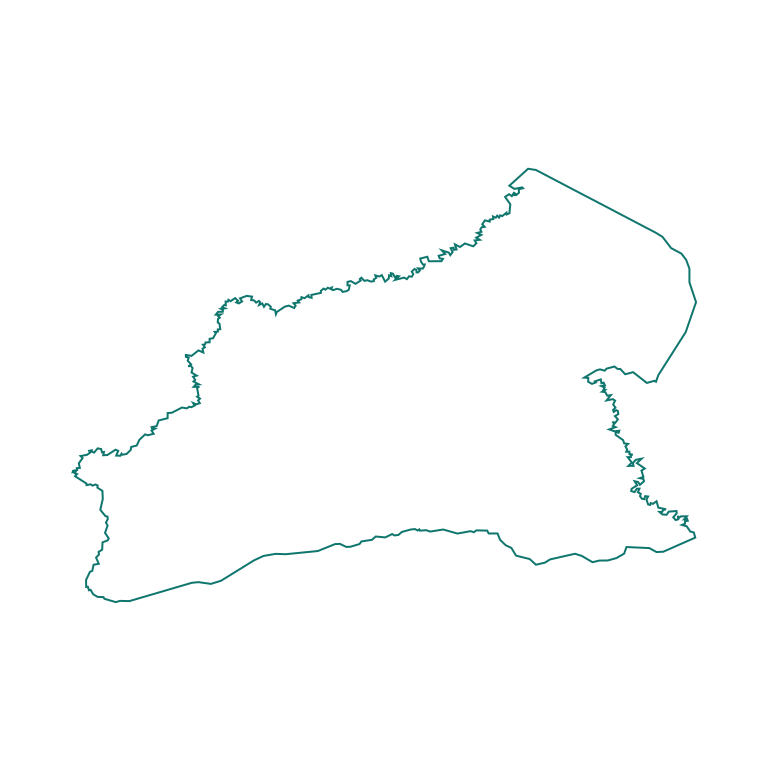 outline of Prathai, Nakhon Ratchasima, Thailand, rotated 264°
{"feature_id": "78962969B10005729924667", "entity_name": "Prathai", "entity_type": "district", "adm_level": 2, "iso_a3": "THA", "parent_name": "Thailand", "parent_adm1": "Nakhon Ratchasima", "projection": "equal_earth", "projection_center": [102.699, 15.58], "detail": "fine", "context": "isolated", "style": "outline", "palette": "teal", "viewbox_px": 768, "rotation_deg": 264, "n_neighbors": 0, "source": "geoboundaries", "source_scale": "gbopen_adm2", "svg_char_len": 6105}
<svg xmlns="http://www.w3.org/2000/svg" viewBox="0 0 768 768"><g transform="rotate(264 384 384)"><path d="M479.7,268.3L478.3,265.3L480.7,263.6L481.4,260.6L484.7,261.9L486.0,256.6L484.2,249.8L480.9,251.5L479.3,248.0L480.6,245.6L481.9,247.6L485.0,244.9L482.4,240.1L484.0,238.1L482.3,237.5L482.6,235.1L478.8,234.9L479.4,233.5L477.4,231.1L475.9,233.7L475.7,229.8L474.6,231.6L472.7,231.2L473.1,226.5L470.6,224.0L470.2,228.9L468.9,226.1L467.1,227.6L466.0,225.7L462.6,225.1L461.1,226.7L455.6,226.9L455.6,224.4L453.5,224.3L453.5,221.1L452.1,222.1L447.4,218.8L447.2,215.3L443.7,214.9L444.0,210.9L442.1,210.2L442.0,208.1L439.2,209.7L438.1,207.2L434.2,207.6L436.8,203.0L432.1,195.5L433.6,190.0L431.7,189.8L430.5,192.5L427.7,191.2L423.7,194.2L421.9,191.1L422.4,193.7L419.9,195.3L415.5,193.8L411.9,198.6L411.2,194.9L407.9,196.7L406.4,194.8L403.0,199.9L403.1,196.7L401.1,194.4L400.5,200.1L399.9,197.7L391.8,198.3L390.9,196.8L388.7,199.5L387.1,197.4L384.2,198.8L383.4,195.2L385.0,192.2L382.4,193.5L381.1,190.1L381.7,187.9L380.4,185.4L381.7,180.6L377.6,170.0L377.7,165.8L372.6,165.2L371.3,156.1L365.9,153.5L365.4,148.3L364.1,148.6L363.5,151.5L362.0,147.9L358.6,149.7L357.7,143.7L358.9,141.2L354.0,134.8L348.7,131.7L347.8,126.0L344.9,125.2L341.3,120.7L341.0,116.3L342.2,115.7L340.2,114.3L340.8,110.2L345.3,112.7L346.7,110.1L342.3,101.5L342.5,97.3L345.7,98.4L345.5,96.4L348.9,95.9L349.9,92.5L346.1,88.5L347.4,86.1L348.6,86.5L348.4,83.8L346.5,84.5L344.6,81.3L344.1,74.7L341.9,76.5L337.0,72.2L332.3,72.7L332.4,69.7L330.5,69.8L330.2,65.7L328.8,65.1L328.8,68.0L327.5,67.2L326.5,69.3L324.6,67.1L316.1,77.7L314.5,77.6L314.9,81.8L313.4,83.5L314.2,86.6L313.0,88.6L310.9,88.1L307.1,92.8L299.1,92.3L288.5,88.7L281.7,93.2L281.1,95.1L278.5,95.2L275.3,93.0L272.1,94.3L265.1,91.0L259.2,94.1L257.4,92.9L255.9,87.5L248.7,86.4L246.8,82.6L244.2,82.7L241.5,79.5L235.0,81.5L234.6,76.3L228.6,74.3L227.9,71.9L220.2,67.2L213.3,66.6L213.3,68.3L209.7,69.0L209.9,70.7L205.3,72.8L202.2,76.9L201.4,82.7L199.6,83.5L195.1,94.5L195.9,98.8L194.7,108.1L206.4,172.2L206.3,178.9L203.3,190.9L205.3,201.2L222.2,236.3L225.6,246.2L226.4,258.4L225.0,268.4L224.8,300.7L229.9,318.6L229.6,323.5L226.0,329.3L225.6,333.4L227.4,342.9L229.8,345.1L230.3,355.8L233.2,359.8L231.3,369.2L233.9,376.4L232.3,378.6L232.4,382.6L235.0,386.3L236.5,395.5L236.5,399.6L234.8,402.2L235.7,403.9L234.4,404.4L234.2,410.7L232.4,414.5L233.1,427.6L227.6,441.4L228.6,454.7L227.2,457.9L228.8,460.5L227.4,471.3L224.4,472.5L223.5,481.3L216.8,483.2L210.9,488.2L207.7,493.5L199.5,497.4L194.7,510.6L188.4,516.2L189.5,525.3L192.2,530.9L195.2,556.2L192.3,562.8L185.0,572.7L185.9,579.9L185.1,588.1L186.6,597.0L190.2,605.1L196.5,608.1L193.1,630.7L188.4,637.4L188.0,644.2L198.7,677.5L204.0,676.6L205.2,673.2L210.8,670.2L212.7,665.6L213.6,668.7L216.2,669.1L216.2,671.8L218.4,671.3L218.2,668.5L220.8,671.3L221.3,665.2L220.1,663.5L222.1,662.4L218.7,662.5L218.2,659.9L221.2,657.7L224.7,661.5L227.1,661.6L227.3,653.8L224.4,651.4L225.2,647.2L228.0,644.6L227.8,647.4L229.5,648.4L229.9,651.4L232.4,643.9L238.9,642.8L236.7,639.0L237.7,636.8L235.9,636.1L236.6,634.1L241.6,632.9L244.5,634.9L245.2,632.1L242.3,630.7L243.0,628.4L245.7,626.9L247.9,627.9L249.8,625.2L253.2,627.1L253.5,624.6L250.3,621.9L251.7,618.7L253.9,619.3L256.8,625.2L261.1,623.1L260.0,626.4L257.0,628.0L260.2,632.5L262.5,632.0L263.6,628.6L264.5,632.3L271.0,631.0L272.7,634.5L278.9,627.2L282.8,632.4L282.3,626.4L279.3,623.2L276.5,623.6L277.0,618.5L279.9,622.2L285.8,618.7L285.5,621.9L287.7,621.7L287.6,624.0L288.9,620.7L291.1,621.0L291.3,617.9L293.4,619.0L296.7,617.6L298.9,620.4L299.9,616.6L303.1,616.0L309.2,609.1L312.3,609.3L311.0,612.3L312.9,613.1L312.9,608.2L315.3,603.2L316.9,609.8L318.4,607.2L320.4,608.9L322.4,607.2L321.3,610.0L324.4,612.9L327.9,610.3L329.6,613.9L332.8,613.7L333.7,612.2L332.2,609.6L334.2,609.1L336.3,611.7L339.7,609.8L343.3,612.1L345.0,610.0L344.4,603.6L349.2,608.4L349.1,604.8L352.8,603.2L353.5,600.2L355.0,603.2L355.4,601.7L357.5,603.1L359.2,600.0L359.6,603.5L362.4,602.6L362.0,600.3L365.9,600.1L364.6,594.0L363.4,594.8L362.4,590.8L364.9,587.3L368.7,587.8L369.4,583.8L375.3,596.5L376.0,600.3L374.2,604.9L376.0,606.9L377.3,615.0L374.6,617.8L374.2,620.6L368.5,624.9L369.7,633.0L357.6,645.5L358.9,653.3L357.8,654.7L364.2,657.8L404.1,689.5L432.8,702.9L453.1,698.4L466.8,699.8L475.8,697.5L482.5,693.5L489.2,683.7L501.3,676.3L505.9,670.3L581.0,557.4L583.0,549.8L568.1,529.4L564.4,534.1L565.1,541.9L564.2,542.7L563.5,538.3L560.2,538.3L558.1,535.3L558.2,533.7L559.4,534.7L560.6,533.2L557.5,530.7L559.7,528.2L557.4,524.0L549.5,528.4L540.7,526.6L539.8,523.7L541.6,523.7L538.6,519.1L539.6,517.2L537.5,515.8L539.6,514.2L537.7,512.5L539.2,509.9L536.6,510.0L536.4,506.3L534.5,506.1L536.2,501.5L532.6,498.4L529.8,500.5L529.7,497.6L527.7,495.9L525.2,496.8L524.5,492.5L522.1,496.4L519.9,491.0L517.4,494.3L517.3,489.2L514.3,490.6L511.6,487.2L515.3,479.1L512.3,473.9L515.4,469.2L510.2,470.2L510.2,467.5L512.3,467.4L512.1,464.5L508.0,466.0L505.2,463.4L507.9,462.2L510.9,455.4L506.9,458.4L505.8,451.8L503.1,452.5L502.3,455.7L500.1,454.0L501.4,441.4L506.0,440.4L505.0,433.2L501.6,433.6L498.7,435.3L498.6,437.0L496.7,436.2L494.7,434.6L495.4,430.1L493.3,431.6L491.4,429.6L491.6,428.0L494.2,428.1L495.2,426.3L492.9,423.4L490.2,424.6L487.8,422.9L488.5,420.2L485.9,417.7L487.7,415.1L486.4,406.0L489.6,410.1L490.2,408.1L488.8,406.1L492.8,404.4L493.5,402.4L490.4,402.6L491.6,400.4L488.4,399.8L485.7,395.8L492.5,393.2L491.4,390.7L492.9,386.7L490.4,387.4L489.0,384.7L487.4,384.7L487.2,381.8L489.0,378.1L488.6,375.3L492.1,372.6L490.9,370.9L489.3,371.6L486.6,366.1L489.8,361.8L489.4,358.4L486.0,358.0L485.7,360.2L481.4,358.8L480.3,356.7L479.9,352.4L482.1,351.2L483.6,347.3L482.7,343.2L483.7,341.5L485.4,342.2L484.6,340.0L485.6,338.1L483.9,335.7L485.2,333.9L483.2,330.9L481.2,330.8L480.2,321.1L477.3,321.0L478.3,318.2L480.1,318.1L477.6,313.9L479.0,311.0L476.9,310.6L476.0,307.0L474.0,308.2L473.8,302.5L471.1,304.3L469.0,302.6L471.9,297.4L471.3,293.5L466.8,284.9L464.7,283.8L468.7,283.4L470.7,278.8L472.7,279.5L475.3,277.1L475.9,274.9L473.3,272.7L476.8,271.4L475.6,268.0L478.2,269.4L479.7,268.3Z" fill="none" stroke="#0f766e" stroke-width="2"/></g></svg>